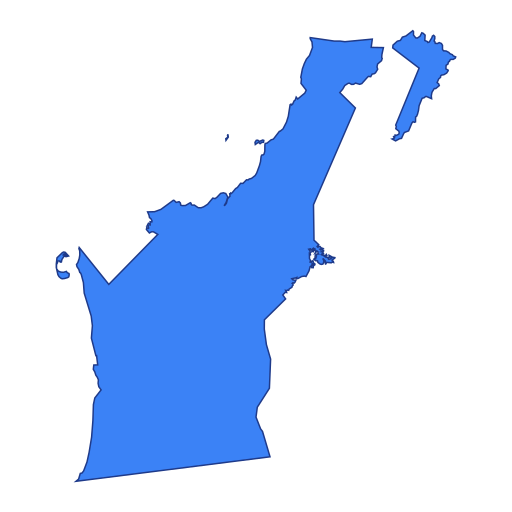 outline of Northern Peninsula Area, Queensland, Australia
{"feature_id": "25037944B13244512579669", "entity_name": "Northern Peninsula Area", "entity_type": "district", "adm_level": 2, "iso_a3": "AUS", "parent_name": "Australia", "parent_adm1": "Queensland", "projection": "robinson", "projection_center": [142.362, -10.972], "detail": "fine", "context": "isolated", "style": "filled", "palette": "blue", "viewbox_px": 512, "rotation_deg": 0, "n_neighbors": 0, "source": "geoboundaries", "source_scale": "gbopen_adm2", "svg_char_len": 5938}
<svg xmlns="http://www.w3.org/2000/svg" viewBox="0 0 512 512"><path d="M292.8,279.8L291.8,278.7L296.0,277.8L296.2,278.6L296.9,277.6L297.1,278.6L297.8,278.6L301.7,276.5L304.5,276.1L306.0,276.5L309.0,270.9L310.1,266.7L311.5,265.7L311.6,267.6L313.2,267.7L313.5,265.5L311.9,265.0L312.0,263.8L312.6,263.6L313.9,265.1L314.6,265.1L315.0,264.1L313.7,263.1L312.9,260.8L312.2,260.9L311.4,262.2L310.1,262.1L310.5,260.5L309.5,258.6L309.4,254.4L309.4,254.0L310.2,255.0L310.5,254.8L310.0,253.1L310.8,252.3L310.0,251.9L310.0,251.0L308.7,249.2L310.5,248.8L310.8,249.2L310.5,250.0L312.0,249.5L311.9,251.3L313.3,251.7L313.7,250.4L312.9,249.6L312.8,248.6L313.6,248.1L314.4,249.0L314.9,248.8L315.1,249.3L314.7,250.2L315.9,251.4L315.1,253.1L315.7,252.7L316.8,250.8L318.0,251.8L318.0,253.2L318.6,254.0L316.2,254.3L315.4,255.1L316.3,255.4L315.9,256.0L316.4,256.6L316.1,257.4L315.1,257.2L315.6,258.5L314.5,258.5L313.8,259.2L315.8,260.8L317.5,260.8L317.9,262.4L320.0,264.0L321.3,264.4L322.9,264.1L323.4,263.1L323.9,261.0L322.8,258.4L325.4,261.0L325.1,262.6L325.5,264.0L326.0,263.8L326.5,262.4L331.3,262.8L332.1,262.1L333.6,262.5L333.3,261.4L332.0,260.1L334.8,258.1L334.9,257.6L332.7,257.2L331.6,258.0L331.8,256.8L329.1,255.3L329.2,256.5L330.4,258.5L330.1,259.0L328.8,259.3L328.2,258.7L328.3,257.6L325.6,257.1L324.5,256.3L326.9,255.6L326.3,254.4L325.7,255.3L323.8,255.6L321.6,254.8L321.3,254.6L322.2,253.7L323.0,254.1L323.6,253.8L322.7,252.0L321.7,251.8L323.5,251.2L323.6,250.3L321.7,249.7L320.9,250.0L319.9,249.2L321.5,248.7L322.5,249.0L323.1,248.5L321.1,247.8L320.0,246.5L318.7,246.5L317.9,247.3L317.1,246.6L318.4,244.8L319.2,245.1L314.0,240.2L313.5,204.7L355.4,108.0L339.8,92.6L342.6,89.3L344.8,85.5L348.2,83.3L349.5,83.2L351.5,84.4L353.6,84.3L355.5,83.1L359.7,84.3L361.8,83.6L367.7,77.0L368.5,76.4L370.7,76.7L372.1,74.1L374.2,73.7L375.5,72.8L377.7,69.2L377.0,67.0L377.6,64.0L381.5,60.7L382.2,58.4L381.7,57.5L381.9,54.6L383.4,47.6L371.2,47.4L372.3,39.1L344.9,41.7L340.2,41.1L334.4,41.1L310.2,37.6L310.2,38.7L312.0,42.0L312.5,47.5L309.5,55.5L306.4,59.2L304.3,63.6L302.4,68.9L300.8,77.3L301.4,78.9L301.0,83.4L306.2,90.2L304.8,93.1L297.7,99.0L296.2,97.1L295.3,99.9L294.1,100.9L292.6,104.2L291.6,105.0L291.0,104.1L290.1,104.7L288.3,116.3L286.5,122.1L283.0,128.9L280.2,131.2L279.4,131.3L273.4,139.1L271.0,139.9L267.1,143.1L265.2,143.5L264.9,144.9L264.8,151.2L264.1,153.9L263.3,154.8L261.7,155.1L261.1,156.5L260.5,161.7L259.4,165.7L256.7,173.0L255.2,175.5L251.5,178.4L249.2,179.0L248.1,179.9L246.5,179.8L243.0,183.4L240.6,183.3L237.4,187.5L235.6,188.6L232.4,192.5L231.2,193.5L230.6,193.1L230.4,193.8L229.7,193.8L230.0,196.2L227.6,198.7L226.4,203.3L224.8,205.3L224.1,205.7L226.1,202.5L227.8,197.1L225.8,193.5L223.4,192.8L220.6,193.4L217.0,197.2L215.1,198.6L212.8,198.1L207.6,204.3L203.7,206.8L201.0,207.8L198.2,207.7L194.4,205.1L192.1,205.1L191.2,204.5L191.1,203.3L190.3,202.7L185.5,205.5L182.1,205.6L180.7,205.1L180.4,203.0L179.1,201.7L176.2,202.4L174.1,200.4L173.3,200.3L160.9,209.4L154.6,211.7L147.6,211.9L149.0,215.2L149.5,217.6L150.9,218.7L152.0,220.8L151.8,221.9L150.1,221.7L150.2,224.6L148.4,223.3L147.0,226.0L148.5,225.8L148.1,226.6L148.7,228.0L148.4,228.4L146.7,227.8L146.4,229.5L149.4,233.0L151.6,231.8L153.4,231.8L157.8,234.4L108.8,284.4L79.2,247.5L78.9,248.7L79.7,250.8L79.8,255.0L79.2,258.6L77.8,262.7L76.5,264.5L77.0,266.7L78.8,269.4L79.8,272.5L80.5,272.9L81.3,274.6L83.4,282.6L84.2,293.1L91.2,316.0L92.4,325.7L91.4,338.1L95.8,355.4L96.2,356.0L96.6,355.8L97.7,364.9L93.8,365.0L93.3,369.3L94.8,371.9L95.8,375.1L97.3,377.3L98.4,379.8L98.1,383.3L98.8,386.7L101.1,389.9L94.8,398.0L93.4,404.6L92.9,420.6L91.6,437.2L89.1,452.4L87.0,462.0L83.6,471.0L81.9,473.1L80.3,473.4L78.6,479.1L76.0,481.3L270.0,456.8L262.5,431.4L260.6,428.9L256.0,417.1L257.3,407.2L269.4,388.3L270.6,359.1L266.4,344.6L264.3,329.1L264.4,319.8L285.6,298.9L282.8,295.0L285.1,292.4L286.6,292.5L285.6,290.4L286.9,290.6L287.7,290.0L288.7,290.3L289.2,289.0L291.9,287.3L292.3,285.9L293.1,285.1L292.8,283.7L292.2,283.3L293.0,282.7L294.1,283.1L295.0,282.2L295.8,280.4L292.8,279.8ZM395.6,140.9L399.6,138.7L401.5,138.4L403.8,133.3L404.6,132.4L408.6,130.9L411.9,123.0L413.1,121.7L414.4,122.3L415.5,121.9L415.6,117.0L416.6,116.3L417.5,114.2L418.5,110.3L419.1,105.7L422.1,98.3L424.2,97.7L425.6,96.5L426.5,96.5L431.6,98.7L431.3,95.9L431.9,92.5L432.6,91.2L434.3,88.5L435.7,88.6L439.3,85.6L438.7,83.9L437.1,82.6L438.7,78.9L440.5,77.4L440.7,75.8L441.5,75.1L443.9,74.7L446.6,73.1L448.2,70.7L448.1,70.1L445.9,68.9L446.1,65.3L448.0,64.0L448.3,62.2L449.6,61.2L449.7,60.4L450.8,59.4L453.2,59.4L455.3,58.1L455.7,56.9L453.1,55.8L452.4,54.7L450.0,53.7L448.8,52.4L446.1,51.0L443.5,50.8L442.5,49.4L442.5,45.3L441.4,43.5L439.2,42.6L437.5,43.5L435.3,43.4L434.8,41.6L434.1,41.0L434.8,38.6L434.8,36.5L433.6,35.3L432.4,36.1L431.9,37.7L429.3,42.0L427.9,42.5L427.4,41.6L424.8,40.5L425.1,35.1L423.2,33.3L421.8,32.8L420.0,36.3L417.4,38.0L415.8,37.9L413.5,35.1L413.5,31.5L412.8,30.7L405.9,36.0L402.4,37.1L400.4,40.4L397.3,41.2L393.0,45.1L392.7,47.9L419.1,68.1L395.7,125.1L396.3,126.5L395.8,128.7L398.9,131.2L399.2,132.6L398.9,134.0L398.2,134.5L396.2,135.4L395.1,135.0L394.6,137.2L393.2,136.2L394.2,137.7L393.9,138.5L392.1,139.0L395.6,140.9ZM56.3,267.6L57.9,274.7L59.0,276.6L60.8,278.2L62.1,278.8L64.6,278.5L67.7,277.6L68.8,276.8L69.2,274.8L69.0,273.5L67.2,272.7L66.4,271.4L63.5,272.3L60.8,272.1L58.3,271.1L56.7,269.0L56.5,268.1L56.5,264.6L57.6,262.4L57.6,261.1L59.1,260.9L60.0,261.2L59.9,261.7L60.4,262.1L61.4,262.0L61.9,259.5L64.0,256.3L65.9,256.3L66.1,256.7L66.7,256.4L65.8,255.3L63.2,254.9L63.6,254.2L65.3,253.6L67.2,255.3L67.6,256.3L68.6,256.0L65.2,252.3L63.7,252.0L62.4,252.6L57.0,257.8L56.3,263.9L56.3,267.6ZM255.3,144.5L258.1,142.5L259.0,142.7L260.1,143.7L261.8,142.4L263.5,142.3L263.8,140.4L262.8,140.0L259.4,141.4L257.8,140.2L256.3,140.3L255.0,142.3L255.3,144.5ZM227.3,137.6L225.8,138.7L226.0,140.3L228.3,137.1L227.9,134.3L227.5,135.5L227.9,136.5L227.3,137.6Z" fill="#3b82f6" stroke="#1e3a8a" stroke-width="1.5"/></svg>